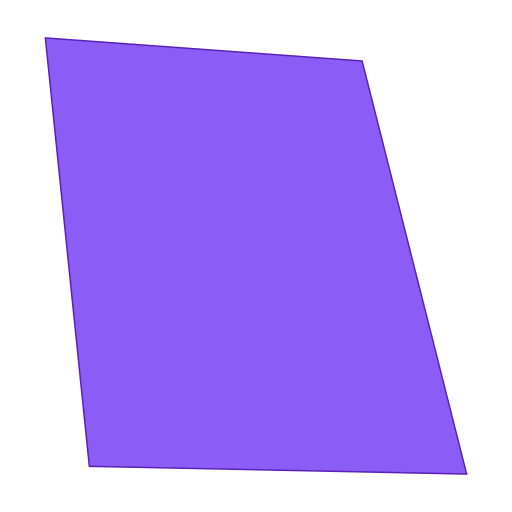 outline of Baguio, rotated 179°
{"feature_id": "PHL-5539", "entity_name": "Baguio", "entity_type": "Highly Urbanized City", "adm_level": 1, "iso_a3": "PHL", "parent_name": "Philippines", "parent_adm1": "", "projection": "natural_earth1", "projection_center": [120.602, 16.394], "detail": "fine", "context": "isolated", "style": "filled", "palette": "violet", "viewbox_px": 512, "rotation_deg": 179, "n_neighbors": 0, "source": "natural_earth", "source_scale": "10m", "svg_char_len": 226}
<svg xmlns="http://www.w3.org/2000/svg" viewBox="0 0 512 512"><g transform="rotate(179 256 256)"><path d="M49.2,34.3L426.3,48.6L462.8,477.7L146.5,449.1L49.2,34.3Z" fill="#8b5cf6" stroke="#5b21b6" stroke-width="1.5"/></g></svg>